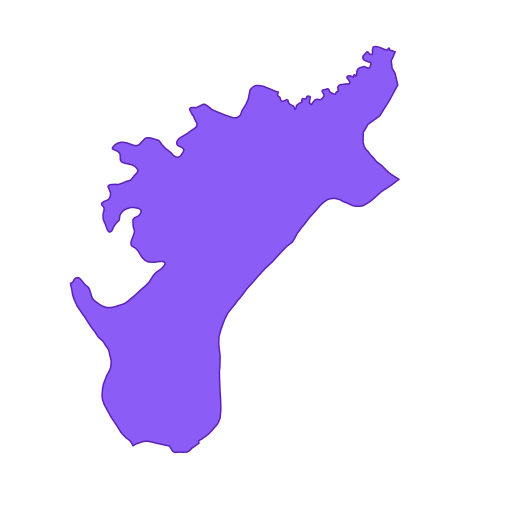 outline of Xaybuly, Savannakhét, Laos, rotated 345°
{"feature_id": "54806243B76472997498531", "entity_name": "Xaybuly", "entity_type": "district", "adm_level": 2, "iso_a3": "LAO", "parent_name": "Laos", "parent_adm1": "Savannakhét", "projection": "albers", "projection_center": [104.961, 16.917], "detail": "fine", "context": "isolated", "style": "filled", "palette": "violet", "viewbox_px": 512, "rotation_deg": 345, "n_neighbors": 0, "source": "geoboundaries", "source_scale": "gbopen_adm2", "svg_char_len": 6057}
<svg xmlns="http://www.w3.org/2000/svg" viewBox="0 0 512 512"><g transform="rotate(345 256 256)"><path d="M443.2,94.8L441.1,93.2L438.7,92.0L438.6,91.5L438.5,90.0L438.3,89.6L437.7,89.7L436.3,91.0L435.4,90.8L434.5,90.3L428.7,86.0L425.4,84.5L424.1,84.4L423.6,84.5L422.9,85.0L421.8,87.2L421.4,88.4L421.2,90.0L420.5,91.0L419.5,91.2L418.6,90.9L417.8,89.9L416.9,87.9L416.3,87.6L415.8,87.6L411.3,90.5L410.7,91.3L410.5,93.0L410.8,94.1L411.1,94.7L412.7,96.1L416.5,98.7L417.0,99.2L416.9,99.8L416.7,100.5L414.6,103.3L413.7,103.6L412.9,103.5L409.9,101.2L408.9,100.9L405.3,101.0L403.6,101.4L403.0,101.7L401.9,102.7L401.2,103.7L399.8,107.8L399.6,107.9L399.1,107.7L398.2,106.6L397.9,106.4L397.4,106.6L396.4,108.4L395.1,107.3L393.2,106.2L392.0,105.9L391.1,106.0L390.3,106.5L390.0,107.5L391.5,111.2L391.6,112.5L391.3,113.3L391.0,113.6L389.7,113.8L387.5,113.0L384.4,112.8L382.1,112.3L380.3,112.7L379.2,113.5L378.6,114.3L378.3,117.4L377.9,118.1L376.1,118.5L374.6,119.9L373.8,120.1L373.1,119.8L369.9,116.7L369.3,113.7L368.7,113.1L368.0,112.9L365.9,113.2L364.7,112.9L363.4,113.0L362.7,113.5L362.5,114.6L363.3,117.0L363.3,118.4L363.1,119.1L362.2,119.9L360.3,121.2L358.9,121.6L357.8,121.5L356.0,120.5L355.5,120.4L354.1,120.4L353.3,120.6L351.3,121.9L349.2,123.7L348.5,124.0L348.0,123.3L347.3,121.7L347.6,120.8L349.6,116.4L349.4,116.0L348.4,115.2L347.1,114.9L346.3,115.3L345.1,116.9L344.7,117.1L343.9,117.0L342.4,116.2L341.8,116.1L341.5,116.2L341.1,116.5L340.5,117.5L340.2,119.1L337.2,119.8L334.8,120.7L334.3,121.0L332.6,123.8L331.7,124.3L331.4,124.0L331.3,122.1L330.9,120.9L328.2,118.3L327.4,117.1L327.1,116.4L327.2,114.0L327.0,113.5L326.1,113.0L322.3,113.6L320.8,113.0L320.5,112.6L320.3,112.0L320.1,108.8L318.9,107.5L318.4,106.3L319.9,103.4L318.1,102.4L307.8,94.5L306.7,93.8L303.6,92.4L301.4,91.6L299.2,91.4L298.3,91.5L296.5,92.1L294.7,93.0L293.8,93.7L292.9,94.7L289.2,102.3L285.7,106.7L279.9,112.2L278.0,115.1L276.9,116.2L274.3,117.2L273.0,117.4L271.2,117.0L269.8,116.6L268.6,115.9L261.7,111.2L252.5,104.2L250.6,102.1L248.1,98.5L246.1,96.6L245.3,96.0L244.1,95.8L238.1,97.0L235.8,97.1L233.5,96.2L231.7,95.9L230.9,96.0L230.3,96.4L229.9,97.4L230.2,99.7L230.7,101.1L231.1,103.5L231.5,103.8L231.8,104.5L232.0,106.4L232.6,110.2L233.3,112.5L232.6,114.8L232.0,115.6L231.2,116.1L228.8,117.2L226.0,118.0L221.6,119.8L213.2,122.2L212.1,122.6L210.2,124.0L208.9,125.5L208.5,127.4L208.9,128.7L209.9,129.9L212.3,131.8L213.0,132.5L213.7,133.9L213.5,135.4L212.3,137.0L209.5,139.4L208.1,140.3L206.6,140.4L205.4,140.2L204.2,139.5L202.8,138.2L202.0,137.1L200.6,134.2L198.1,130.8L196.8,129.3L195.6,127.3L193.9,123.9L192.7,120.6L191.9,119.1L184.8,114.7L181.6,113.6L179.2,113.8L173.9,117.1L171.4,118.4L170.2,118.5L168.4,118.3L166.8,117.6L160.3,113.2L157.2,111.8L155.0,111.2L151.5,111.2L149.1,111.9L146.4,113.4L145.6,114.1L145.1,114.9L145.4,115.7L148.6,118.4L150.0,119.9L150.4,120.5L151.0,122.4L150.8,124.0L150.1,126.8L149.9,128.0L150.0,129.0L150.3,130.0L151.3,131.1L153.8,132.7L159.4,135.6L161.7,137.5L162.5,138.4L163.7,140.8L164.0,141.8L163.9,143.3L162.6,144.8L158.8,147.2L156.4,149.1L154.3,150.3L153.0,150.5L150.6,150.3L146.1,151.0L141.4,151.3L138.4,150.3L134.7,149.5L132.9,149.5L131.6,149.9L131.1,150.5L131.8,157.3L131.2,159.5L130.4,161.0L129.5,162.0L128.4,163.0L126.9,163.5L123.4,164.0L122.3,164.3L121.2,164.8L120.4,165.5L120.2,166.6L121.5,169.4L121.6,170.8L121.1,172.3L119.2,175.7L118.1,179.9L118.0,181.9L118.6,185.7L119.2,192.3L120.1,194.6L120.9,195.0L121.9,194.9L123.0,194.5L124.0,193.6L125.8,191.2L128.5,188.8L131.4,186.9L132.6,186.5L133.3,185.5L135.2,181.3L136.2,180.2L139.4,177.9L140.9,177.4L143.7,176.9L147.2,176.7L149.7,177.3L151.2,177.8L155.2,179.8L156.5,181.5L156.7,182.5L156.1,184.1L155.3,185.1L153.4,186.6L151.9,187.1L148.7,187.6L147.1,188.6L146.4,189.4L145.1,195.1L145.0,196.7L145.2,198.4L145.1,199.9L144.8,201.2L144.2,202.5L139.4,209.2L138.4,211.6L138.3,212.3L138.4,213.6L139.2,214.8L141.6,217.2L142.5,218.7L143.3,220.2L145.3,227.2L146.2,229.0L147.5,231.1L149.8,233.5L151.6,234.3L156.4,235.8L159.0,236.0L163.5,236.8L165.8,238.0L166.4,239.2L166.2,239.9L164.9,241.5L162.1,243.3L160.6,244.1L156.0,245.7L153.2,247.3L151.5,248.5L146.2,253.3L143.1,255.3L140.6,256.7L136.8,258.4L128.3,263.0L125.5,264.1L120.8,266.4L117.1,267.8L115.0,268.1L105.0,268.5L102.5,268.2L100.2,267.7L98.1,266.9L96.0,265.6L94.3,264.2L92.6,262.6L88.7,257.8L87.5,255.8L86.9,253.7L86.5,244.7L85.9,242.8L83.4,239.4L80.7,233.4L79.7,231.8L79.0,231.1L77.1,230.6L75.8,230.7L74.3,231.7L72.8,233.3L71.1,234.3L69.7,234.4L69.3,241.5L68.8,246.2L69.1,250.8L70.2,257.7L73.6,267.7L74.9,270.8L76.3,275.6L78.6,282.6L80.1,285.8L82.7,293.5L86.2,298.9L86.9,301.0L87.5,303.3L89.0,307.3L89.3,309.1L89.3,311.2L89.0,319.6L88.0,323.0L86.9,325.7L85.2,328.3L80.5,333.3L75.5,340.3L73.8,343.6L72.7,346.5L71.4,350.2L70.8,352.7L70.6,355.4L70.9,360.0L74.3,374.1L77.5,383.4L80.1,391.9L83.4,397.9L86.1,401.3L87.1,403.5L88.2,407.5L91.1,406.6L98.2,406.0L101.4,406.3L104.3,407.2L112.0,411.4L122.7,416.9L123.5,418.0L124.7,422.3L126.1,424.3L126.7,424.7L132.6,425.9L133.9,426.6L136.7,427.0L138.5,427.6L141.3,426.9L144.4,425.0L147.9,423.8L152.5,422.0L152.7,419.7L156.7,418.6L164.0,415.7L168.5,413.0L175.3,408.3L177.7,405.6L179.6,402.7L182.1,395.9L183.1,392.0L184.8,384.9L186.1,378.1L188.8,366.0L190.9,357.6L192.4,353.8L195.4,343.6L197.1,332.0L198.7,326.4L199.5,324.0L203.1,318.0L205.1,315.0L209.3,309.2L214.1,303.7L223.6,296.8L226.6,294.3L229.7,292.3L238.9,285.2L245.7,280.9L253.1,275.8L261.6,270.4L269.7,266.2L282.5,258.0L288.3,254.6L294.5,252.1L298.4,248.5L301.6,244.8L304.0,243.1L307.0,240.6L310.2,238.4L318.3,232.2L324.1,228.6L331.0,223.8L335.5,221.5L339.5,220.1L342.4,219.9L346.3,220.5L348.9,221.7L352.1,223.7L354.3,226.0L356.9,227.8L362.3,232.3L364.9,233.6L368.0,234.6L370.3,235.0L372.7,235.1L379.9,233.1L384.7,230.9L393.6,226.3L404.8,222.7L413.9,218.9L409.9,214.6L405.8,209.8L400.7,200.9L396.6,195.7L394.9,191.6L392.8,188.0L391.5,184.5L389.7,181.5L388.8,177.7L388.9,173.6L391.6,164.4L398.3,157.8L411.9,152.6L425.0,140.4L437.2,127.5L437.6,115.7L436.1,109.8L437.2,102.3L440.1,99.0L443.2,94.8Z" fill="#8b5cf6" stroke="#5b21b6" stroke-width="1.5"/></g></svg>